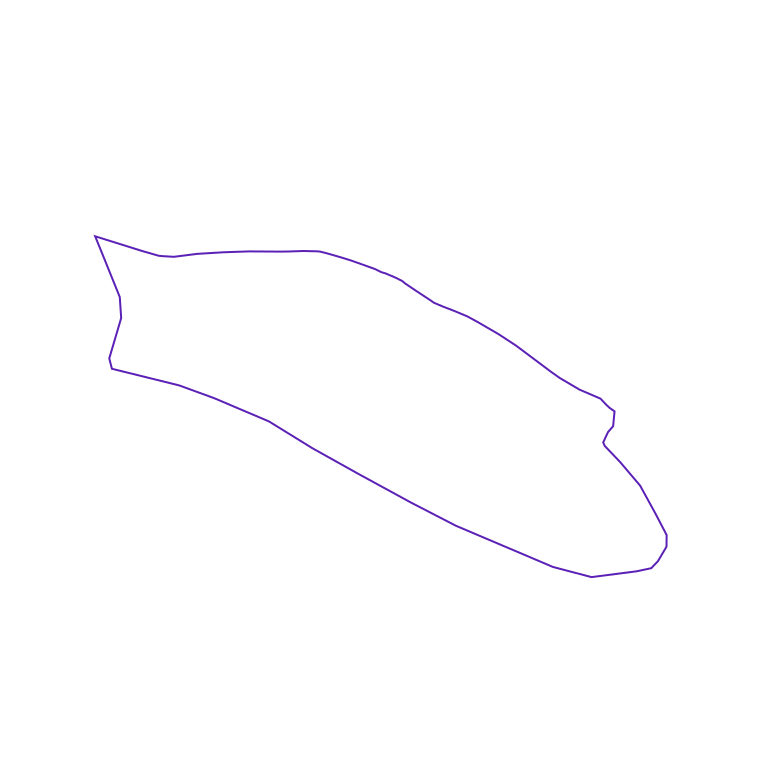 Monchy/La Retraite, Gros Islet, Saint Lucia, rotated 293°
{"feature_id": "8701671B23608310651096", "entity_name": "Monchy/La Retraite", "entity_type": "district", "adm_level": 2, "iso_a3": "LCA", "parent_name": "Saint Lucia", "parent_adm1": "Gros Islet", "projection": "robinson", "projection_center": [-60.945, 14.064], "detail": "fine", "context": "isolated", "style": "outline", "palette": "violet", "viewbox_px": 768, "rotation_deg": 293, "n_neighbors": 0, "source": "geoboundaries", "source_scale": "gbopen_adm2", "svg_char_len": 979}
<svg xmlns="http://www.w3.org/2000/svg" viewBox="0 0 768 768"><g transform="rotate(293 384 384)"><path d="M407.1,60.4L394.2,73.4L360.8,106.8L342.0,116.3L300.2,121.1L291.7,127.6L302.7,196.2L304.6,233.5L304.6,292.7L296.9,343.2L291.2,395.9L285.4,455.1L281.6,505.6L281.6,556.9L281.6,610.9L287.3,650.4L310.4,689.9L318.9,702.0L322.7,703.4L327.9,705.4L344.6,707.6L355.4,703.2L370.7,684.6L390.5,659.5L404.3,632.1L413.3,611.3L415.9,608.6L427.3,609.0L434.7,611.4L448.9,606.9L450.2,600.9L451.7,596.8L455.1,589.0L455.2,566.3L458.2,543.4L460.4,533.3L470.9,490.7L474.6,470.3L477.7,445.5L478.8,434.3L478.7,419.5L478.3,407.7L478.3,398.2L479.1,394.6L482.3,377.0L484.8,364.2L485.9,360.6L486.4,353.0L486.4,342.1L485.9,337.9L486.3,330.7L484.8,305.3L483.8,295.4L483.0,288.5L481.9,279.8L480.9,273.4L480.0,270.6L475.0,258.0L468.5,244.0L465.3,236.7L453.3,207.9L442.6,184.9L430.9,161.4L419.0,140.9L415.2,130.3L414.0,126.4L411.8,108.2L407.1,60.4Z" fill="none" stroke="#5b21b6" stroke-width="2"/></g></svg>